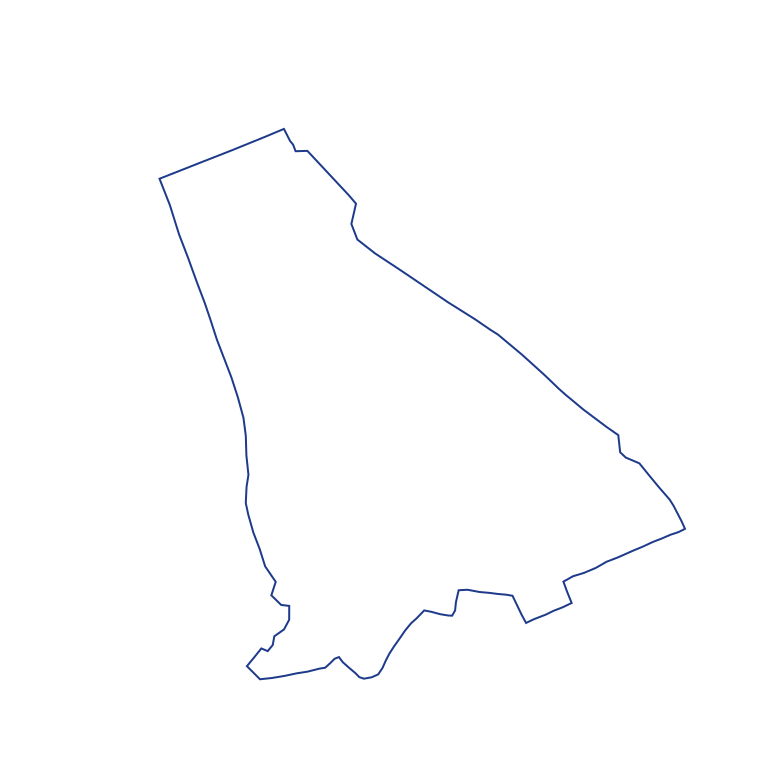 outline of Al-Maimouna, Maysan, Iraq, rotated 159°
{"feature_id": "34846034B98238894977989", "entity_name": "Al-Maimouna", "entity_type": "district", "adm_level": 2, "iso_a3": "IRQ", "parent_name": "Iraq", "parent_adm1": "Maysan", "projection": "equal_earth", "projection_center": [46.821, 31.466], "detail": "fine", "context": "isolated", "style": "outline", "palette": "blue", "viewbox_px": 768, "rotation_deg": 159, "n_neighbors": 0, "source": "geoboundaries", "source_scale": "gbopen_adm2", "svg_char_len": 1798}
<svg xmlns="http://www.w3.org/2000/svg" viewBox="0 0 768 768"><g transform="rotate(159 384 384)"><path d="M154.9,140.9L155.4,149.3L157.3,166.5L158.7,173.6L164.5,189.6L168.8,202.4L174.0,218.4L184.6,228.6L188.0,235.6L183.6,252.3L191.8,264.4L207.1,288.8L216.7,306.0L218.2,308.6L222.5,316.9L230.6,334.2L244.6,361.8L259.9,389.3L265.2,396.4L272.1,406.4L275.3,411.1L295.0,437.4L326.8,482.9L345.6,509.2L357.1,528.4L357.1,545.1L345.5,562.4L349.4,573.3L372.0,629.1L383.1,633.0L383.1,640.1L384.6,644.5L386.0,658.0L396.7,657.7L405.8,657.4L443.3,656.7L474.6,656.5L520.0,656.1L519.8,627.5L521.7,597.4L521.7,572.4L522.2,547.5L522.3,523.7L523.0,506.0L524.1,485.3L524.1,466.6L524.1,445.1L525.2,424.0L527.3,402.9L531.6,385.1L536.5,371.1L538.1,366.5L543.1,347.8L549.2,337.2L555.7,322.4L557.5,310.9L559.2,292.2L559.2,274.5L560.3,256.3L556.0,238.1L564.9,227.1L559.2,214.6L552.0,210.8L557.0,197.9L565.3,190.7L576.8,187.8L581.4,180.2L588.3,176.3L593.3,181.1L603.0,175.4L613.1,169.7L608.5,159.4L605.6,152.8L594.4,149.8L581.4,147.1L569.3,145.2L558.7,142.9L546.3,141.4L540.6,140.2L533.7,142.9L528.5,145.2L523.9,145.2L522.2,139.1L518.2,131.4L514.4,124.5L512.1,119.2L508.4,116.1L500.6,114.6L493.4,115.0L487.1,119.5L481.3,125.3L475.3,130.6L468.4,135.6L461.5,140.2L452.6,146.3L444.5,150.9L437.4,153.6L427.6,158.2L421.5,154.4L414.1,149.0L406.9,144.8L403.4,143.3L398.8,147.1L395.1,154.4L390.5,161.3L388.2,164.7L379.8,162.0L369.2,155.5L360.6,151.3L352.8,147.1L345.0,143.3L339.9,140.2L339.0,129.1L338.2,119.2L337.0,110.0L328.1,110.7L315.7,110.7L306.8,111.5L297.6,111.5L287.3,112.3L287.5,125.3L287.3,135.2L276.3,136.8L272.3,136.5L265.4,136.0L252.2,136.4L239.8,138.3L227.4,138.3L219.7,138.7L212.2,139.1L201.6,139.4L189.5,140.2L180.3,140.2L170.5,140.6L162.2,140.2L154.9,140.9Z" fill="none" stroke="#1e3a8a" stroke-width="2"/></g></svg>